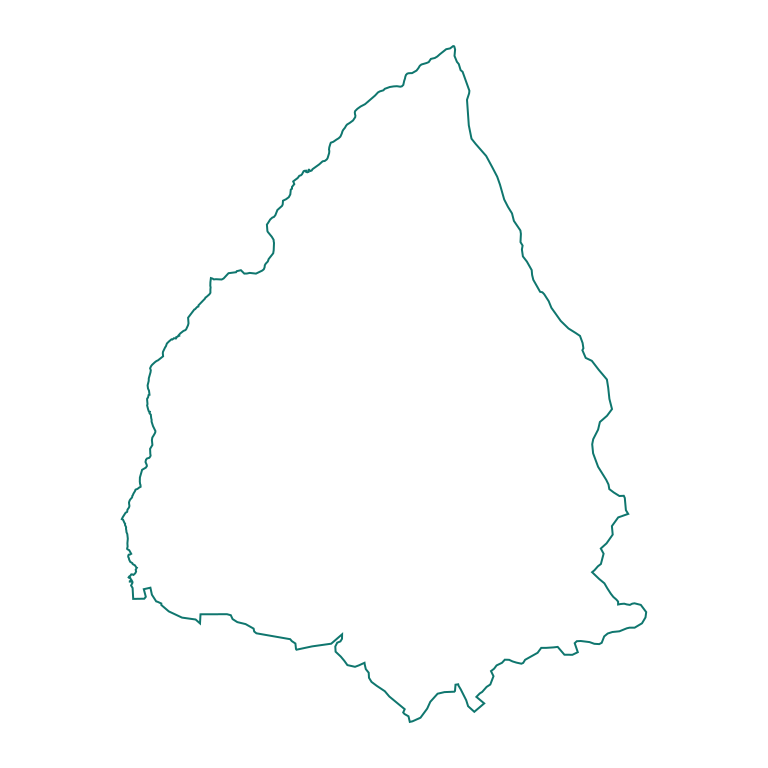 Barbuletu, Dâmbovita, Romania (Mercator projection)
{"feature_id": "2599482B33766415063950", "entity_name": "Barbuletu", "entity_type": "district", "adm_level": 2, "iso_a3": "ROU", "parent_name": "Romania", "parent_adm1": "Dâmbovita", "projection": "mercator", "projection_center": [25.286, 45.144], "detail": "fine", "context": "isolated", "style": "outline", "palette": "teal", "viewbox_px": 768, "rotation_deg": 0, "n_neighbors": 0, "source": "geoboundaries", "source_scale": "gbopen_adm2", "svg_char_len": 6085}
<svg xmlns="http://www.w3.org/2000/svg" viewBox="0 0 768 768"><path d="M642.0,623.3L645.5,617.4L646.2,612.1L640.8,604.9L634.5,603.3L632.2,603.7L629.9,604.9L626.7,604.4L624.2,603.7L620.8,604.0L618.1,604.5L618.1,601.6L616.4,599.6L613.3,596.9L610.8,593.7L607.3,588.3L604.4,583.3L599.2,579.0L592.1,572.2L594.5,570.2L597.9,566.3L600.9,564.0L603.6,553.7L600.8,548.5L606.6,543.3L612.7,534.6L611.9,526.1L618.2,517.4L628.2,513.9L625.9,510.2L624.8,498.0L623.8,495.8L619.4,496.0L613.8,492.5L609.3,489.1L608.5,484.5L606.2,479.8L598.1,466.8L593.1,453.3L592.2,444.3L593.2,439.2L598.1,429.6L599.9,422.0L607.0,415.8L612.0,409.1L609.4,398.9L608.2,387.7L606.9,379.5L598.8,369.9L591.8,360.8L585.7,357.9L582.4,350.2L583.4,348.3L582.6,343.0L580.0,335.9L575.7,333.0L568.5,328.5L560.8,321.0L551.4,307.8L548.7,301.2L544.2,294.2L542.4,292.3L540.1,291.8L533.3,279.8L532.1,274.9L531.7,270.1L526.9,261.6L522.9,256.4L521.9,249.5L522.6,245.6L520.5,242.1L520.9,233.9L520.4,230.5L513.9,220.9L512.0,213.4L508.0,206.9L504.2,199.5L500.0,184.7L497.2,176.7L492.3,167.3L486.2,156.0L475.8,144.1L471.5,138.7L468.8,125.3L467.0,99.8L469.1,93.4L469.4,90.8L462.6,71.8L460.6,70.1L458.8,64.1L456.9,61.8L454.5,55.9L455.1,49.5L454.3,46.6L453.8,46.1L453.1,46.1L450.1,48.4L446.2,49.2L439.9,54.2L437.3,56.5L434.8,58.0L430.9,58.9L428.7,62.1L426.6,63.0L421.4,64.5L419.8,65.8L418.3,68.3L416.5,70.6L412.1,73.1L408.8,73.2L407.3,73.6L406.0,74.9L405.3,76.8L405.0,78.5L404.2,80.8L403.3,84.9L401.9,86.3L400.3,86.7L396.9,86.2L393.6,86.4L389.8,87.0L384.8,88.8L383.4,90.3L379.8,91.4L378.0,92.4L375.0,95.6L365.0,104.2L360.6,106.5L357.4,108.8L355.2,111.0L354.8,112.2L355.0,114.2L355.4,115.5L355.2,117.2L353.0,120.5L349.6,123.0L347.1,124.5L346.1,125.7L344.9,127.8L343.2,129.9L342.4,131.4L341.8,133.5L340.4,136.6L338.6,138.3L336.3,139.7L333.3,141.8L330.8,142.7L330.4,143.7L329.3,147.3L329.0,149.7L329.2,150.3L329.3,151.3L329.1,153.2L327.6,158.1L326.8,159.4L324.7,161.0L323.0,161.2L322.4,161.5L319.3,164.3L312.5,169.2L311.7,170.5L310.4,171.0L309.7,170.7L309.3,169.8L308.9,169.7L308.3,170.5L308.5,171.9L307.2,172.3L305.8,171.7L306.0,170.7L304.5,170.8L303.6,171.2L302.0,174.3L300.9,175.3L299.3,175.8L297.8,177.9L293.2,181.4L294.3,184.1L292.0,186.9L292.0,188.7L290.8,189.6L290.3,194.4L288.8,197.2L286.1,199.2L283.0,200.7L282.7,204.4L282.1,205.8L277.4,210.0L275.4,215.1L274.0,216.9L272.3,217.6L270.2,219.5L268.1,222.9L266.9,224.6L267.4,231.0L267.8,231.9L271.8,236.8L273.6,239.8L273.7,241.4L274.0,242.9L273.7,250.2L273.2,253.3L268.7,259.0L267.8,261.5L265.7,263.7L264.8,265.3L264.6,267.3L263.8,269.3L262.2,270.6L256.0,273.6L249.7,272.9L247.0,273.5L244.3,273.6L240.9,270.2L236.7,271.2L236.1,272.2L228.5,273.2L223.6,278.5L221.7,279.5L215.9,279.2L213.8,279.4L212.6,278.6L210.9,278.1L210.4,282.2L210.3,285.8L210.6,287.3L210.4,289.5L210.4,292.8L209.4,294.3L206.0,297.3L205.5,297.5L204.9,298.7L198.5,305.3L198.4,306.5L197.5,306.8L196.8,307.3L195.1,309.2L194.3,309.5L188.1,317.7L188.5,323.3L188.0,325.3L186.2,329.2L185.4,330.1L183.5,330.9L180.3,333.4L178.6,335.3L179.1,335.8L176.3,337.2L176.5,337.6L175.9,338.5L174.0,338.2L172.4,339.5L171.5,339.3L168.9,341.5L166.9,343.5L165.8,346.5L165.2,347.2L163.0,351.8L162.8,353.1L163.1,356.3L157.9,360.4L156.5,361.0L154.8,362.3L152.1,364.8L151.1,366.1L150.1,368.3L150.8,370.2L150.5,372.3L148.8,378.3L148.7,380.9L147.6,385.4L148.0,388.5L149.0,390.7L149.5,394.8L148.6,395.0L148.0,397.6L147.2,398.5L147.1,399.6L147.5,404.1L147.1,405.3L148.1,409.3L148.9,411.6L149.9,411.8L149.6,413.4L150.8,414.6L151.2,418.2L151.6,419.7L151.6,421.7L153.0,426.1L155.4,431.0L155.3,432.2L154.8,433.4L153.3,436.0L152.7,436.9L152.3,437.6L151.9,440.1L152.4,445.0L150.1,448.8L150.3,453.9L150.6,455.4L150.3,456.4L149.3,457.8L147.0,458.5L146.0,459.7L145.5,462.0L146.7,464.8L146.9,466.0L145.9,467.6L142.1,469.8L139.9,477.5L139.8,481.7L140.1,484.0L140.5,485.0L140.6,486.8L139.1,487.6L137.5,488.9L135.6,489.6L135.4,489.9L135.0,491.1L133.4,493.7L133.0,494.9L132.3,495.9L132.2,496.9L132.0,497.5L130.4,499.3L129.7,500.4L129.0,502.4L129.1,503.9L129.4,505.6L129.3,506.6L128.8,507.8L127.6,509.5L127.4,510.0L127.2,511.7L126.9,512.1L125.6,512.7L122.8,517.1L121.8,519.1L123.1,519.8L124.5,523.0L125.1,523.6L125.0,524.9L126.1,527.2L126.0,528.9L126.3,530.3L126.5,532.2L127.3,534.1L127.8,538.7L127.4,543.3L127.6,546.7L127.1,548.5L127.3,549.2L129.2,550.2L131.2,553.8L129.8,554.6L128.7,554.7L128.3,555.5L128.2,556.8L128.8,558.0L129.2,559.7L130.2,561.8L132.3,563.1L132.6,563.9L133.2,564.4L134.9,565.3L136.5,567.7L136.8,567.8L135.7,569.7L136.1,571.6L135.2,573.3L133.5,574.9L131.9,574.3L131.1,574.5L130.6,575.5L129.2,576.5L128.6,577.4L129.1,577.8L129.7,577.3L130.0,577.5L130.8,579.1L131.1,580.5L129.8,581.2L129.8,581.6L131.7,581.6L132.0,581.0L132.4,581.7L132.5,582.7L131.1,585.5L132.6,588.0L133.2,598.9L144.3,598.7L145.8,596.8L143.8,589.2L150.4,587.7L151.9,594.7L156.2,601.4L157.6,601.8L161.3,603.5L161.4,605.1L168.8,611.4L182.0,617.6L195.6,619.5L200.0,623.4L200.5,614.3L227.0,614.2L230.8,615.2L232.6,619.1L237.3,622.1L245.6,624.1L253.6,628.6L254.2,631.5L256.4,633.3L290.2,639.2L291.8,641.1L295.4,643.5L296.0,649.0L296.5,649.7L312.0,646.4L331.2,643.7L342.1,634.3L342.0,638.8L340.4,641.4L337.2,642.7L335.3,646.5L335.6,651.7L340.8,656.6L344.3,660.8L347.4,665.1L355.0,666.8L358.8,665.4L364.5,662.8L364.8,664.8L365.8,669.1L368.7,672.7L369.0,677.8L371.5,681.9L376.7,685.8L384.8,691.2L389.3,696.5L404.7,709.2L403.2,712.5L404.5,714.0L408.5,716.3L409.8,721.9L412.5,721.3L420.5,717.7L427.2,708.6L430.3,701.8L437.6,693.7L444.5,692.1L454.3,691.7L455.0,690.9L455.5,684.7L458.2,684.3L458.5,685.6L460.7,689.3L466.2,700.2L468.1,706.2L474.3,711.8L484.2,703.4L476.4,696.9L479.8,693.4L482.2,691.9L486.6,686.9L490.3,684.5L493.5,676.2L491.0,671.1L494.1,668.7L496.6,665.4L502.0,662.8L504.8,659.7L509.1,659.8L512.5,661.4L516.4,662.6L521.4,663.7L523.2,662.9L525.1,659.8L537.6,652.8L541.2,647.9L545.6,647.9L553.4,647.4L557.7,646.9L564.4,654.7L572.4,654.8L577.8,652.2L574.7,643.2L576.8,641.2L580.8,641.0L589.6,642.1L594.3,643.8L599.2,644.1L601.7,642.8L604.2,636.4L607.7,633.5L612.4,632.0L619.4,631.3L626.8,628.3L629.4,627.7L634.6,627.7L642.0,623.3Z" fill="none" stroke="#0f766e" stroke-width="2"/></svg>